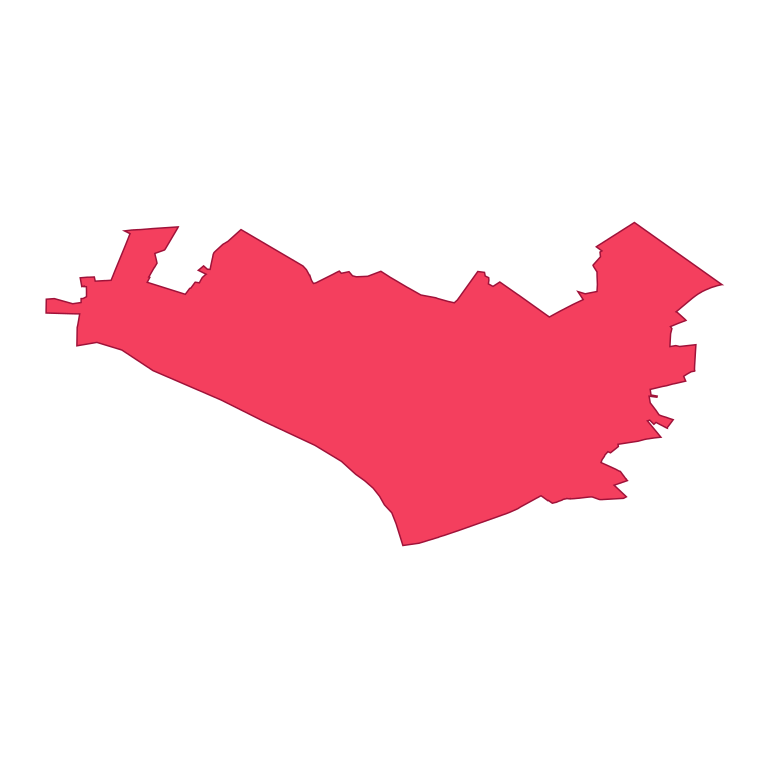 outline of Ogre, Ogre, Latvia
{"feature_id": "27541924B85046161363388", "entity_name": "Ogre", "entity_type": "district", "adm_level": 2, "iso_a3": "LVA", "parent_name": "Latvia", "parent_adm1": "Ogre", "projection": "equal_earth", "projection_center": [24.619, 56.811], "detail": "fine", "context": "isolated", "style": "filled", "palette": "rose", "viewbox_px": 768, "rotation_deg": 0, "n_neighbors": 0, "source": "geoboundaries", "source_scale": "gbopen_adm2", "svg_char_len": 5428}
<svg xmlns="http://www.w3.org/2000/svg" viewBox="0 0 768 768"><path d="M634.4,222.5L616.0,234.2L597.6,245.9L596.3,246.8L601.9,250.9L600.0,252.1L600.5,256.8L595.0,262.9L593.0,265.2L593.6,266.6L597.0,271.9L597.1,276.8L597.4,284.6L597.0,291.5L585.2,293.8L577.9,291.6L583.2,299.6L575.6,303.2L572.7,304.6L560.3,311.0L549.3,317.0L518.5,295.0L517.6,294.5L517.4,294.3L499.8,282.0L493.0,286.4L488.4,283.9L488.9,280.2L488.7,277.7L485.2,276.0L484.5,272.4L477.8,271.5L469.5,283.1L461.1,294.8L460.3,296.0L459.4,297.2L458.3,298.7L457.3,300.1L455.8,301.4L454.3,302.8L448.0,301.4L437.6,298.5L435.9,297.8L420.9,295.0L409.4,288.5L407.0,287.2L403.3,285.0L399.4,282.7L396.9,281.2L392.8,278.8L389.9,277.1L389.0,276.5L380.9,271.3L374.8,273.6L369.8,275.5L367.7,276.3L356.3,276.8L352.5,275.8L349.0,271.7L341.3,273.3L339.3,271.1L337.8,271.8L335.8,272.8L333.2,274.2L330.6,275.5L329.2,276.2L322.2,279.7L321.6,280.0L319.6,281.0L318.6,281.5L316.1,282.8L313.6,283.5L313.0,282.8L311.9,281.1L311.1,279.3L309.9,275.6L309.8,275.3L309.5,275.4L306.4,269.7L303.0,266.0L241.0,229.6L228.0,241.3L222.8,244.4L219.0,247.9L215.2,251.4L214.0,252.6L213.6,253.5L213.2,254.4L212.9,256.0L212.6,257.6L212.5,258.0L212.4,258.4L211.2,263.9L210.1,269.4L208.8,269.3L207.4,269.3L206.9,268.8L203.6,265.9L199.2,269.6L198.3,270.3L206.1,274.2L205.8,274.4L202.4,277.4L202.2,277.6L202.1,277.9L201.6,278.7L200.8,280.1L199.5,282.6L199.4,282.8L195.2,282.2L195.1,282.3L192.9,285.3L190.9,288.0L189.7,288.4L185.3,294.3L185.0,294.2L147.2,282.3L149.8,277.4L148.7,277.0L149.5,275.9L149.7,275.5L149.8,275.3L149.9,275.1L154.2,267.6L154.4,267.6L155.7,265.4L156.9,263.4L157.0,263.3L157.0,263.1L156.5,260.7L155.9,258.1L155.4,256.1L155.2,255.3L155.0,254.3L154.8,253.5L155.5,253.2L159.4,251.8L164.2,250.1L164.7,249.8L165.2,249.1L165.7,248.3L167.3,245.6L167.6,245.1L168.1,244.2L168.6,243.4L172.5,236.8L174.1,234.1L175.7,231.4L177.8,227.8L178.2,226.9L153.8,228.5L152.3,228.6L151.2,228.7L150.2,228.8L145.3,229.2L140.4,229.6L137.4,229.7L134.4,229.9L133.6,229.9L132.7,230.0L132.4,230.0L132.0,230.0L131.3,230.1L127.9,230.5L124.5,230.9L130.1,233.7L129.5,235.0L128.1,238.6L125.3,245.6L117.2,265.3L114.6,271.6L114.5,271.9L113.6,274.1L113.4,274.7L111.8,278.6L111.1,280.3L105.9,280.6L104.9,280.6L96.2,281.1L95.2,281.1L94.3,277.0L89.4,277.2L88.6,277.2L87.5,277.2L80.2,277.8L81.8,286.6L82.3,286.5L83.5,286.3L84.0,286.2L83.9,286.6L86.4,286.7L86.5,290.7L86.5,296.7L83.1,298.5L81.1,298.6L81.1,302.5L80.0,302.7L73.6,303.6L72.9,303.8L54.3,298.6L46.3,299.2L46.1,311.1L46.1,313.0L73.4,313.8L79.7,313.9L78.9,318.5L77.8,324.9L77.2,327.4L76.9,345.8L96.9,342.4L121.8,350.0L153.0,370.6L220.9,399.9L264.9,421.9L314.9,445.3L341.5,461.4L355.7,474.3L364.5,480.6L373.1,488.1L379.6,496.3L384.4,504.8L391.8,512.8L396.1,523.7L402.9,545.5L419.2,543.2L419.7,543.0L425.1,541.4L425.9,541.1L427.0,540.8L428.1,540.4L429.2,540.1L430.9,539.6L431.2,539.5L432.3,539.2L433.6,538.8L434.8,538.4L436.1,538.0L437.4,537.6L438.0,537.5L439.5,536.8L443.1,535.7L443.9,535.5L448.6,533.9L461.2,529.6L472.8,525.5L503.5,514.6L505.6,513.9L509.7,512.3L517.8,508.7L520.4,507.0L527.9,502.9L535.7,498.6L536.0,498.4L536.8,498.0L538.2,497.3L538.7,497.0L540.7,495.9L541.1,495.8L543.0,497.1L547.9,500.7L548.3,500.4L548.5,500.5L552.3,503.2L552.5,503.2L554.8,502.6L556.3,502.3L557.2,501.9L557.3,501.9L557.8,501.7L558.1,501.5L558.3,501.4L558.9,501.2L559.4,501.0L560.7,500.6L562.0,500.1L562.4,499.9L562.6,499.6L563.4,499.4L564.0,499.1L564.8,499.1L565.0,498.9L565.4,498.9L566.5,498.7L566.9,498.4L567.7,498.7L567.9,498.7L568.5,498.7L569.2,498.9L569.6,498.7L570.0,498.6L570.0,498.8L570.3,498.9L570.8,498.9L571.1,498.8L571.6,498.8L574.6,498.6L576.4,498.4L578.9,498.2L585.8,497.4L588.5,497.1L591.2,496.9L592.4,497.0L598.8,499.3L599.9,499.6L601.6,499.6L601.8,499.6L602.3,499.6L603.1,499.5L613.9,498.9L620.7,498.5L622.8,498.4L623.6,498.3L624.0,498.1L625.8,497.1L626.4,496.8L626.1,496.5L614.1,485.2L627.4,480.6L625.8,478.8L625.9,478.7L625.4,478.3L623.7,475.9L622.6,474.5L621.3,472.7L620.3,471.4L619.6,471.2L618.4,470.7L616.8,469.8L616.5,469.7L615.9,469.3L601.8,462.9L601.3,462.7L601.0,462.5L601.3,461.9L601.7,460.6L602.3,459.3L602.7,458.8L604.3,456.5L604.7,455.6L605.0,454.9L606.3,453.5L607.9,451.7L608.1,451.8L608.3,451.9L610.5,452.8L614.3,449.8L614.7,449.5L618.4,446.5L618.0,444.3L628.9,442.6L638.1,441.2L644.4,439.5L646.8,439.0L649.3,438.7L649.6,438.6L654.4,437.9L660.9,437.2L647.6,421.1L647.4,420.9L649.7,420.1L649.9,420.3L653.9,424.3L656.0,422.4L666.7,428.0L667.3,428.2L667.2,427.7L670.1,423.9L673.2,419.7L669.5,418.5L665.9,417.2L664.8,416.9L663.8,416.6L661.9,416.0L660.0,415.3L658.9,414.7L656.2,410.7L650.2,402.8L650.2,402.7L649.1,396.2L650.1,396.3L656.9,397.2L657.2,396.1L651.0,395.0L650.2,389.4L650.3,389.4L654.5,388.4L662.4,386.5L666.7,385.7L672.7,384.0L674.9,383.6L685.7,381.1L684.0,377.1L683.7,376.3L686.4,374.5L687.9,373.6L691.1,371.8L691.9,371.6L694.6,371.1L694.8,370.9L694.5,369.5L694.5,369.1L694.6,366.0L695.5,350.9L695.9,344.7L679.6,346.5L675.8,345.6L669.9,346.6L669.9,346.2L670.6,333.7L671.9,328.6L670.4,326.6L678.1,323.4L686.0,320.4L685.4,319.7L677.3,312.4L676.1,311.8L678.6,309.8L681.4,307.4L684.4,304.9L687.6,302.2L690.5,299.8L691.9,298.6L693.7,297.2L695.8,295.6L698.1,294.0L701.2,292.2L702.1,291.6L704.2,290.6L705.4,290.0L706.6,289.5L707.6,289.1L708.6,288.7L709.7,288.2L710.9,287.7L711.7,287.4L713.7,286.8L715.7,286.2L716.8,285.8L718.0,285.5L719.7,285.1L721.4,284.7L721.7,284.6L721.9,284.6L634.4,222.5Z" fill="#f43f5e" stroke="#9f1239" stroke-width="1.5"/></svg>